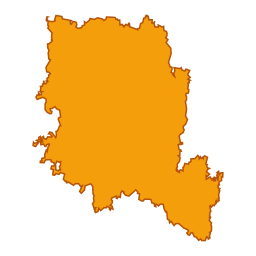 Naogaon, Rajshahi, Bangladesh
{"feature_id": "16705992B34203284467157", "entity_name": "Naogaon", "entity_type": "district", "adm_level": 2, "iso_a3": "BGD", "parent_name": "Bangladesh", "parent_adm1": "Rajshahi", "projection": "equal_earth", "projection_center": [88.84, 24.873], "detail": "fine", "context": "isolated", "style": "filled", "palette": "amber", "viewbox_px": 256, "rotation_deg": 0, "n_neighbors": 0, "source": "geoboundaries", "source_scale": "gbopen_adm2", "svg_char_len": 5748}
<svg xmlns="http://www.w3.org/2000/svg" viewBox="0 0 256 256"><path d="M183.1,132.6L184.2,129.7L183.2,128.2L183.3,126.3L185.7,124.2L187.5,119.4L185.5,116.0L186.6,109.0L185.4,101.4L186.5,100.0L186.5,96.2L185.6,95.1L186.2,93.4L188.1,93.3L188.6,92.0L188.8,89.6L187.7,88.8L188.4,84.7L187.9,83.4L188.5,82.3L189.3,82.6L189.3,80.4L190.0,80.2L187.9,79.1L190.2,77.4L188.0,75.2L187.9,74.1L189.7,70.5L186.0,69.1L184.8,71.0L182.0,70.0L181.2,67.7L180.2,68.6L174.1,67.7L174.9,70.5L173.7,73.9L174.6,76.5L173.0,75.1L172.9,73.3L171.0,72.4L172.1,69.1L171.9,67.1L170.2,67.0L168.5,62.2L171.1,53.7L170.8,48.3L166.1,42.5L168.0,39.7L165.7,37.7L166.8,36.1L167.1,33.7L166.5,31.5L163.9,30.5L163.6,26.4L162.4,27.0L158.2,25.0L158.3,27.1L154.9,26.9L154.1,23.6L154.7,21.2L153.8,22.8L152.0,23.2L152.2,19.7L148.9,19.8L148.3,16.4L147.0,15.4L146.3,15.4L146.6,16.4L145.5,16.3L145.2,17.9L143.7,18.2L142.8,22.4L140.6,23.6L139.5,28.4L137.6,28.7L137.6,29.7L129.7,26.7L129.4,23.4L128.6,23.3L128.0,25.5L125.9,24.3L123.5,27.5L124.0,25.6L122.7,25.6L122.0,24.3L120.0,25.0L119.7,20.0L117.7,20.3L117.4,19.1L115.9,19.3L115.2,17.6L113.4,17.3L106.5,17.0L106.1,18.9L104.0,20.5L102.5,19.0L97.4,17.8L94.4,19.4L90.0,18.5L89.3,20.4L86.2,22.9L84.5,21.7L84.6,24.9L82.2,25.8L81.7,27.6L78.1,28.4L75.8,26.9L76.8,25.0L76.3,22.4L74.0,21.5L72.5,21.9L71.4,24.2L70.5,23.9L70.2,21.8L71.4,20.6L62.3,18.8L61.9,16.5L56.0,15.5L54.6,19.9L55.2,20.7L53.1,21.6L48.3,21.2L47.4,19.7L46.6,20.4L47.1,19.1L47.0,17.3L47.8,17.0L47.0,16.8L46.2,20.0L46.7,20.8L47.4,19.9L48.1,21.6L47.8,25.2L48.7,26.5L47.8,28.1L52.0,32.9L51.5,37.3L52.3,40.2L51.5,40.0L51.7,41.5L49.1,43.7L47.6,43.9L47.8,48.0L49.0,50.4L48.2,52.9L48.8,59.0L50.4,59.8L46.0,67.5L46.7,71.8L49.0,72.3L50.4,73.8L48.7,74.9L48.6,77.0L46.9,78.6L47.5,80.4L46.5,80.9L47.7,81.7L46.6,82.2L46.1,81.3L46.5,83.1L45.8,83.7L46.4,83.9L44.1,83.5L44.1,81.9L43.6,80.6L43.6,83.9L42.6,84.0L42.4,86.2L40.4,86.4L40.9,87.7L40.2,90.9L42.0,91.6L40.4,91.9L41.3,92.5L41.4,94.7L40.0,94.8L38.6,92.8L38.7,95.3L37.0,95.0L36.0,97.2L37.2,99.4L43.0,97.3L45.8,99.0L46.3,101.1L45.1,104.2L45.2,109.7L47.3,112.4L50.0,113.8L51.5,113.4L51.9,111.4L50.6,110.9L50.1,108.7L52.1,108.6L54.9,106.6L56.8,108.9L59.7,110.3L60.6,116.9L58.5,118.0L58.3,119.5L60.7,125.6L59.6,125.8L57.6,130.8L56.0,131.4L56.4,135.4L55.7,137.6L52.0,132.6L49.6,132.0L48.7,133.8L49.6,133.6L52.0,136.3L51.5,137.1L47.7,136.8L46.2,139.3L43.8,138.3L43.5,136.4L41.0,138.1L40.3,136.4L38.7,137.5L38.9,139.6L36.4,140.4L37.9,141.5L37.5,142.7L34.4,143.3L33.5,142.2L33.1,145.6L35.6,146.5L39.1,141.7L40.7,141.8L41.6,139.9L40.0,139.8L40.7,139.2L42.3,139.3L42.6,142.0L40.5,142.2L40.9,144.8L43.6,144.0L44.9,146.4L45.8,146.5L46.7,144.7L49.0,143.8L49.4,144.9L48.0,146.9L47.3,151.5L46.3,150.0L44.7,154.4L44.9,157.6L41.7,158.5L42.0,160.7L40.3,161.1L40.3,162.6L44.0,162.7L45.7,159.8L50.3,159.7L51.4,160.3L51.1,161.6L54.2,163.0L54.0,163.8L55.3,164.7L57.0,161.2L59.2,162.2L60.6,161.6L60.5,165.0L59.4,166.7L60.7,170.4L59.7,169.4L58.3,170.8L55.8,169.8L55.7,165.7L51.7,166.0L50.9,168.9L53.4,169.7L52.7,174.8L54.6,175.3L55.9,173.6L59.2,174.3L60.4,172.5L64.7,174.0L63.3,179.2L65.4,181.4L66.6,181.3L66.6,182.8L68.7,182.3L73.5,185.3L75.3,183.7L78.6,183.7L80.8,186.6L82.2,185.8L79.6,191.5L81.3,193.3L84.5,190.0L85.1,185.9L90.6,183.8L91.7,184.8L92.8,186.9L93.0,193.8L94.0,195.2L93.5,198.2L94.1,201.6L92.5,203.7L94.0,208.0L95.6,207.8L94.3,209.4L95.4,210.1L94.7,211.4L95.6,212.6L98.0,211.5L98.8,208.2L100.6,210.6L104.0,207.7L106.4,207.8L107.1,206.3L109.3,207.6L109.6,206.8L109.3,209.2L110.3,210.1L110.9,208.3L112.9,209.1L112.0,205.9L110.2,205.3L112.2,203.1L112.4,200.7L111.3,199.8L111.8,198.0L116.4,196.1L116.3,198.2L117.1,198.6L118.5,196.6L120.2,197.4L120.8,192.9L122.0,190.9L124.0,192.1L123.4,192.8L125.5,195.2L128.9,196.1L135.8,189.9L137.7,191.9L137.5,193.4L139.6,193.8L138.8,199.3L141.6,201.0L143.4,200.9L144.3,199.2L149.7,199.2L151.1,199.8L151.8,202.9L154.2,203.4L154.5,206.1L155.8,206.7L155.6,204.4L156.7,204.2L158.4,206.0L160.2,204.2L163.2,204.2L164.1,208.9L165.6,211.9L166.3,211.5L166.8,212.5L167.5,219.3L169.1,220.0L169.6,222.8L171.1,221.3L174.0,225.6L175.7,223.7L178.8,223.6L183.6,227.9L188.0,229.9L188.4,231.5L186.8,233.0L188.0,234.7L189.6,235.2L190.9,232.8L192.4,232.6L194.2,236.6L196.0,237.0L198.7,240.3L200.6,238.9L201.9,240.6L205.2,240.6L206.6,236.9L207.7,237.3L208.3,239.1L210.0,237.9L209.4,236.0L210.4,233.1L209.7,232.5L211.4,231.0L211.6,226.5L211.0,225.0L211.5,222.9L209.2,220.4L210.4,217.7L209.4,217.5L210.2,216.3L209.6,215.8L210.0,212.1L210.8,211.5L209.8,206.2L210.4,205.6L211.5,207.0L213.0,205.0L214.2,205.7L215.9,203.0L215.7,200.7L216.4,202.0L216.5,200.6L217.5,201.7L219.2,200.4L218.3,198.9L219.1,198.6L218.6,194.7L219.7,190.8L218.9,190.3L219.9,188.6L218.2,187.8L218.1,185.6L219.4,184.9L218.2,183.9L219.0,184.1L219.2,181.6L221.5,180.6L221.6,176.8L222.7,177.0L222.9,172.7L220.8,172.9L219.3,174.7L218.6,171.3L216.9,172.6L217.7,173.2L217.5,174.5L216.1,175.5L216.9,175.1L217.2,177.9L218.2,176.8L217.8,180.7L217.4,178.4L214.2,177.2L213.0,178.3L214.8,178.5L215.5,180.6L214.1,180.8L213.7,179.6L212.1,180.3L210.1,176.9L206.3,179.2L206.2,175.5L207.4,176.4L209.6,174.1L206.4,171.9L207.7,169.4L209.4,168.4L207.6,167.9L206.6,165.9L207.3,164.6L205.8,164.0L207.5,157.3L204.6,155.9L203.4,156.8L203.3,158.3L202.7,157.3L201.2,158.5L200.4,156.8L199.2,158.7L199.0,156.9L197.7,155.4L194.9,158.6L190.9,158.9L190.9,161.8L189.1,162.2L188.4,164.3L184.9,163.4L183.7,167.1L182.9,167.4L183.1,171.0L180.7,169.8L179.4,170.5L179.4,172.5L176.6,171.0L176.3,169.9L177.6,170.4L176.5,167.9L177.4,167.0L177.3,164.1L179.4,161.4L180.1,157.7L178.4,155.8L179.8,155.6L180.0,151.4L181.2,151.3L180.9,150.1L179.0,149.3L178.2,144.6L180.0,144.5L180.1,143.4L181.1,144.5L182.6,143.9L182.5,142.6L180.4,142.5L179.2,136.2L180.0,134.6L183.1,132.6Z" fill="#f59e0b" stroke="#b45309" stroke-width="1.5"/></svg>